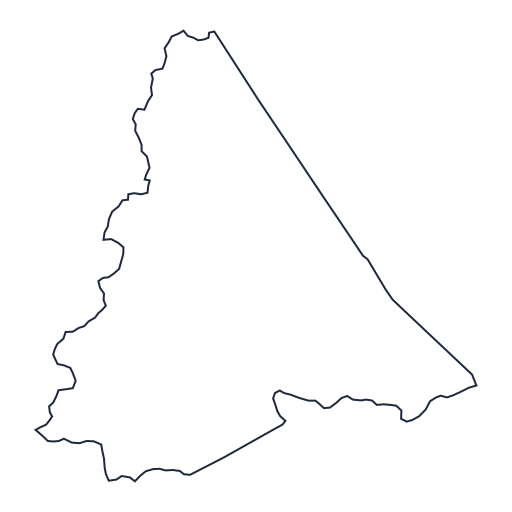 Duas Barras, Rio de Janeiro, Brazil
{"feature_id": "56859067B69837408110296", "entity_name": "Duas Barras", "entity_type": "district", "adm_level": 2, "iso_a3": "BRA", "parent_name": "Brazil", "parent_adm1": "Rio de Janeiro", "projection": "mercator", "projection_center": [-42.522, -22.035], "detail": "fine", "context": "isolated", "style": "outline", "palette": "slate", "viewbox_px": 512, "rotation_deg": 0, "n_neighbors": 0, "source": "geoboundaries", "source_scale": "gbopen_adm2", "svg_char_len": 2166}
<svg xmlns="http://www.w3.org/2000/svg" viewBox="0 0 512 512"><path d="M476.4,385.5L472.1,374.6L403.2,309.7L392.6,299.6L385.8,289.8L367.6,259.3L362.9,255.7L355.4,244.4L324.0,197.9L291.5,149.3L258.3,99.8L214.3,31.5L209.1,32.7L208.5,37.8L203.7,39.5L198.2,40.3L193.6,37.8L187.8,35.9L183.5,30.7L178.4,33.7L171.7,36.5L168.7,42.2L164.6,48.3L166.4,56.3L164.6,63.1L162.5,68.6L155.4,70.1L151.3,73.6L152.8,78.6L151.0,87.7L152.0,95.1L148.0,101.2L144.4,109.7L137.8,108.8L134.7,113.2L132.8,119.1L135.7,124.3L135.2,130.8L138.8,137.8L141.6,145.0L141.6,151.2L147.0,156.6L149.5,167.8L146.2,174.7L144.7,179.5L149.7,180.5L148.2,186.2L147.5,192.7L141.3,194.3L134.2,193.2L128.3,194.3L128.0,199.7L122.5,200.3L118.6,206.4L112.2,211.6L108.9,219.3L107.8,226.5L104.6,232.3L103.5,239.8L111.2,239.1L118.1,242.8L123.5,247.4L123.2,254.3L121.4,260.7L119.1,268.9L114.0,273.4L108.6,277.2L102.8,278.0L98.4,281.1L100.0,287.9L104.0,293.5L103.6,300.1L105.8,305.8L102.0,310.0L98.2,313.2L95.1,317.6L88.7,321.3L84.2,326.2L78.8,327.9L72.8,331.7L65.6,332.0L63.4,338.7L57.3,343.9L54.8,349.1L53.2,354.6L55.3,359.3L57.6,364.1L63.8,365.3L70.3,367.9L72.8,373.1L75.7,380.8L72.8,388.2L64.9,389.4L58.6,390.2L56.3,396.3L53.2,402.6L49.1,406.3L49.8,412.1L52.1,416.5L49.3,420.6L46.2,424.6L40.7,427.1L35.6,429.9L39.2,433.0L43.5,436.8L47.8,441.0L53.4,441.5L58.9,441.0L63.9,438.7L71.8,442.6L79.5,443.2L86.6,441.0L93.8,441.3L101.2,444.5L102.5,451.9L104.0,458.6L104.6,467.1L105.9,474.1L108.8,480.7L116.3,479.6L121.7,476.0L129.8,477.4L134.9,481.3L140.5,475.5L145.7,471.3L153.1,469.1L159.5,468.8L165.6,470.4L172.9,470.0L179.9,471.0L184.0,474.3L190.1,474.8L224.1,457.3L275.7,428.3L282.5,424.6L285.4,420.8L280.2,416.2L277.3,411.1L275.2,404.3L273.1,398.5L274.9,393.1L279.7,390.5L284.1,393.1L290.7,394.7L299.1,397.9L308.7,400.7L315.5,400.7L319.2,403.8L323.9,408.1L329.9,407.6L335.8,403.2L341.6,398.0L347.2,396.0L352.9,399.6L361.1,400.4L366.1,399.6L372.0,400.5L376.8,404.9L383.8,404.3L390.4,404.9L396.3,405.7L401.4,410.6L401.1,418.8L406.7,421.6L412.3,420.0L419.2,416.2L425.9,409.3L430.0,401.3L436.1,397.4L440.7,395.7L446.9,397.4L452.9,395.4L459.9,392.2L468.9,387.7L476.4,385.5Z" fill="none" stroke="#1e293b" stroke-width="2"/></svg>